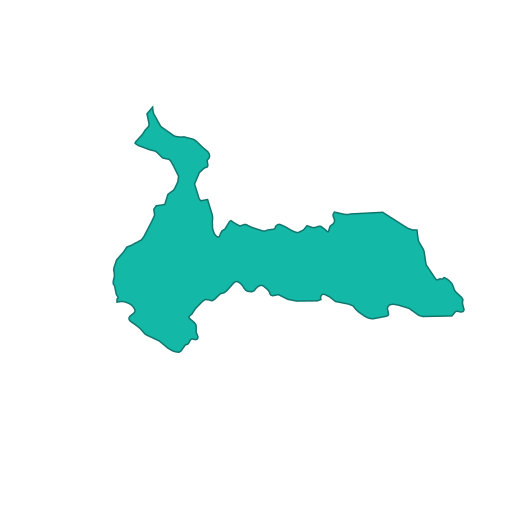 the Province of San José, rotated 318°
{"feature_id": "CRI-1331", "entity_name": "San José", "entity_type": "Province", "adm_level": 1, "iso_a3": "CRI", "parent_name": "Costa Rica", "parent_adm1": "", "projection": "equal_earth", "projection_center": [-83.994, 9.633], "detail": "fine", "context": "isolated", "style": "filled", "palette": "teal", "viewbox_px": 512, "rotation_deg": 318, "n_neighbors": 0, "source": "natural_earth", "source_scale": "10m", "svg_char_len": 5041}
<svg xmlns="http://www.w3.org/2000/svg" viewBox="0 0 512 512"><g transform="rotate(318 256 256)"><path d="M238.6,151.9L241.0,151.3L247.3,148.7L251.8,145.0L254.8,134.5L256.2,128.2L256.0,125.9L255.2,124.8L254.1,123.4L252.2,120.6L251.8,113.0L251.2,110.5L248.1,106.0L242.6,95.4L241.8,92.8L241.6,91.3L242.8,90.7L253.2,89.6L257.8,88.3L263.0,87.8L264.1,87.2L265.5,85.3L270.1,77.4L278.8,76.2L276.7,79.0L275.1,81.9L271.9,96.1L275.3,111.2L275.8,112.5L276.7,113.9L278.7,116.3L280.7,118.2L281.8,118.9L282.3,119.4L287.0,126.5L287.9,128.3L288.5,131.1L289.0,139.3L290.0,146.3L289.5,148.9L288.8,150.1L287.9,151.2L286.6,151.8L283.7,152.2L280.8,156.6L280.0,156.9L279.1,157.2L278.4,156.9L277.9,156.5L275.7,156.0L269.5,156.1L269.3,156.3L258.5,161.4L252.2,175.1L251.8,177.7L252.2,178.1L253.1,178.8L257.8,181.6L251.0,196.2L249.3,198.7L246.4,201.4L242.2,206.4L240.6,209.8L239.9,211.9L239.8,213.3L239.8,214.2L239.9,215.1L240.1,215.9L240.5,216.5L241.0,216.9L241.7,216.9L242.4,216.8L245.2,215.3L247.1,214.7L247.8,214.6L249.2,214.8L250.6,215.3L259.3,212.7L261.2,213.0L261.7,216.0L262.2,217.6L262.7,219.2L264.2,223.0L268.8,225.0L270.0,226.5L270.2,227.3L270.3,227.9L272.4,232.6L277.6,241.6L278.8,243.1L279.5,243.4L282.4,244.7L287.2,248.0L288.4,248.3L289.0,248.1L289.5,247.6L290.2,247.2L291.2,247.0L293.1,247.3L294.0,247.7L294.7,248.3L295.1,248.9L296.9,252.9L298.5,257.4L298.6,258.2L299.1,259.6L300.1,262.2L301.3,264.7L302.1,265.8L302.8,266.6L303.4,266.9L308.6,268.4L309.7,268.3L314.2,267.6L316.9,272.5L317.5,273.2L318.7,274.2L322.3,275.8L323.3,276.6L324.0,277.4L324.2,278.2L324.9,281.6L325.4,285.8L325.8,286.3L326.3,286.3L329.6,284.2L330.8,283.6L331.5,283.4L334.2,283.7L335.0,283.7L335.7,283.6L336.4,283.4L337.0,283.1L337.5,282.7L337.9,282.3L338.4,281.8L338.7,281.2L339.9,278.3L340.8,276.9L343.6,275.8L349.6,284.2L351.7,286.4L354.0,287.9L354.6,288.2L379.4,308.3L387.3,336.9L389.3,340.6L390.1,341.7L393.0,344.4L387.9,351.7L387.2,352.9L386.5,354.5L385.0,362.2L384.4,364.0L383.8,365.3L377.4,375.0L376.6,376.5L376.4,377.3L374.1,393.4L374.2,394.2L374.5,394.8L375.0,395.2L377.0,395.8L377.6,396.1L378.0,396.7L378.4,397.2L378.8,397.7L379.3,397.9L380.0,397.9L380.6,397.8L381.2,397.8L381.6,398.2L381.9,398.9L382.0,399.8L382.4,400.4L382.7,401.7L383.0,403.5L383.2,407.2L382.7,409.2L380.9,413.6L380.5,415.2L380.4,416.6L381.1,423.9L380.9,425.6L380.6,426.7L380.1,427.3L379.6,427.7L379.1,428.0L378.4,428.7L377.5,429.7L375.0,434.5L374.6,435.1L374.1,435.5L373.5,435.7L372.9,435.8L372.3,435.6L371.6,435.3L370.6,434.5L370.2,434.0L369.1,432.3L368.1,431.3L367.5,431.0L366.7,430.9L366.1,430.9L364.1,431.3L361.5,431.6L361.0,431.2L339.6,412.7L337.9,410.2L337.3,409.0L337.1,408.3L335.3,400.1L335.1,399.3L335.1,398.4L334.2,396.5L328.9,387.7L325.6,383.5L323.3,382.1L322.7,381.8L322.0,381.7L321.4,381.7L320.6,381.8L319.9,382.1L319.3,382.4L318.7,382.8L318.3,383.2L316.2,387.1L315.8,387.6L315.4,388.1L314.8,388.4L314.2,388.5L312.4,387.9L300.7,380.8L299.1,378.9L298.2,377.5L297.5,376.3L296.4,373.2L294.9,366.8L294.5,363.3L294.5,361.4L294.8,358.2L293.9,356.2L292.4,353.4L284.7,343.1L284.5,342.3L283.5,336.2L283.1,335.0L281.5,330.9L280.7,329.8L279.9,329.1L279.3,328.9L278.6,328.9L277.9,329.1L277.3,329.3L276.7,329.7L276.2,330.1L275.8,330.6L275.4,331.1L275.1,331.8L271.5,330.3L256.0,316.6L250.7,309.6L246.8,299.7L241.7,296.6L240.8,294.7L241.3,293.1L241.9,291.6L242.1,290.3L242.1,288.4L241.6,284.4L241.1,282.7L240.6,281.5L240.0,281.1L238.8,280.5L236.7,280.0L233.6,280.1L231.5,280.6L230.4,280.3L228.6,279.5L226.8,277.3L225.9,276.0L225.5,274.8L225.5,273.8L225.6,271.8L226.1,269.1L226.1,267.9L226.1,266.4L225.6,263.9L224.9,262.5L224.1,261.7L223.6,261.4L221.5,261.1L210.9,262.3L207.4,261.9L204.3,260.2L195.9,260.5L193.4,259.9L193.0,259.4L191.4,256.7L190.5,255.9L189.3,254.4L185.8,253.9L175.7,254.6L169.5,256.2L166.8,256.1L165.4,256.5L164.9,257.0L164.8,257.8L165.6,264.1L165.5,266.0L165.3,266.8L164.8,267.8L163.9,268.9L161.3,271.7L160.6,272.5L160.3,273.2L158.9,277.0L158.2,277.8L157.5,278.2L156.9,278.4L156.2,278.3L155.6,278.0L155.1,277.6L154.6,277.1L153.5,275.4L153.0,274.9L152.4,274.6L151.7,274.5L151.0,274.5L147.3,275.8L146.4,275.8L145.8,275.7L144.1,274.8L136.8,276.4L134.4,276.0L133.7,275.3L132.0,273.2L130.5,270.6L129.5,267.6L128.8,265.2L127.3,254.7L127.1,254.0L121.9,241.7L121.3,239.8L121.3,238.9L121.4,232.7L120.9,228.9L119.1,220.9L119.0,220.1L119.0,219.2L119.2,218.4L119.5,217.8L120.0,217.3L120.5,216.9L121.2,216.6L122.6,216.4L127.1,216.7L127.9,216.6L128.5,216.4L129.1,216.1L129.5,215.7L130.0,214.8L130.4,213.6L130.7,211.0L130.6,209.2L130.4,208.0L129.3,205.1L127.9,202.5L127.5,201.9L126.6,200.8L125.7,199.9L124.0,198.6L121.8,197.3L123.9,195.0L125.6,194.9L126.0,194.3L126.3,191.9L126.7,190.7L131.0,183.5L131.1,182.5L131.1,181.7L131.7,180.6L133.3,179.0L137.4,176.2L140.1,172.6L140.4,171.8L140.6,171.4L142.5,169.8L149.8,165.6L160.3,164.4L166.0,162.9L170.6,164.7L175.3,165.7L176.2,166.1L177.3,166.4L180.1,166.9L181.4,167.4L185.6,166.6L201.3,160.7L207.9,157.9L211.3,152.9L215.5,151.9L220.1,155.1L222.8,156.6L231.5,151.4L232.5,151.3L238.6,151.9Z" fill="#14b8a6" stroke="#0f766e" stroke-width="1.5"/></g></svg>